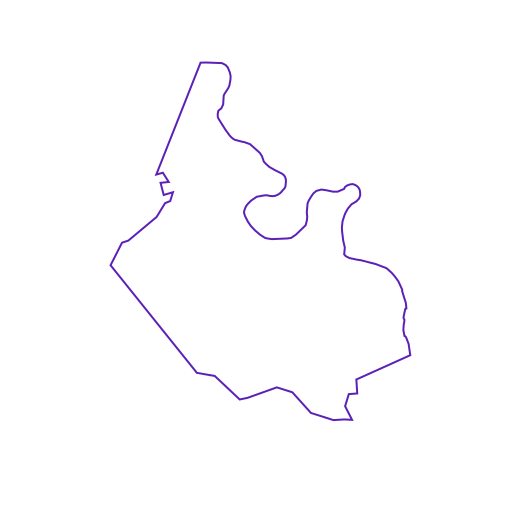 Henderson, Kentucky, United States of America (Mercator projection), rotated 54°
{"feature_id": "52423323B87544132972679", "entity_name": "Henderson", "entity_type": "district", "adm_level": 2, "iso_a3": "USA", "parent_name": "United States of America", "parent_adm1": "Kentucky", "projection": "mercator", "projection_center": [-87.608, 37.807], "detail": "fine", "context": "isolated", "style": "outline", "palette": "violet", "viewbox_px": 512, "rotation_deg": 54, "n_neighbors": 0, "source": "geoboundaries", "source_scale": "gbopen_adm2", "svg_char_len": 2113}
<svg xmlns="http://www.w3.org/2000/svg" viewBox="0 0 512 512"><g transform="rotate(54 256 256)"><path d="M315.8,372.5L328.8,359.9L362.5,353.5L365.8,346.2L374.5,316.4L387.6,306.7L415.3,303.8L434.3,289.8L440.0,280.8L445.0,274.6L429.9,272.2L422.3,262.1L426.7,254.9L414.9,247.4L426.9,189.5L416.8,184.2L410.1,182.4L408.7,182.4L408.0,182.9L402.5,180.3L398.1,176.6L396.8,175.1L394.8,173.4L392.9,173.1L391.7,172.1L386.7,166.5L386.5,166.1L386.9,165.3L386.6,165.0L386.4,164.9L382.1,162.4L375.8,160.3L370.1,158.3L369.2,157.5L360.0,155.7L354.3,155.7L349.5,156.1L343.2,157.4L341.7,158.1L341.3,158.4L333.0,163.8L321.0,173.7L318.6,176.2L312.5,181.7L308.8,183.5L306.5,183.7L301.4,179.2L295.0,176.5L286.7,171.9L285.2,170.9L283.6,169.9L278.9,165.7L275.2,160.7L273.7,158.3L271.6,153.7L270.3,148.4L270.8,142.7L270.1,138.9L268.2,136.1L266.4,134.8L263.6,133.3L262.5,133.1L261.4,132.9L259.6,133.0L257.4,133.7L254.7,135.4L253.3,138.0L252.5,140.8L252.5,143.5L253.5,145.4L251.9,152.2L249.3,155.8L244.3,160.3L240.7,164.0L238.8,168.9L239.1,172.8L240.4,176.6L242.1,180.6L243.8,183.4L250.6,189.3L254.4,191.5L257.2,194.0L260.3,197.8L262.2,211.2L262.0,216.9L260.4,220.1L251.7,233.2L248.3,236.7L246.6,238.1L241.1,240.2L234.9,241.7L229.1,242.5L223.7,242.4L217.2,241.4L213.8,240.2L212.0,238.3L209.9,234.9L209.0,231.8L208.3,227.5L208.5,220.6L212.0,213.3L213.3,211.5L215.8,209.2L217.4,207.3L218.6,205.1L219.3,202.0L219.3,199.0L218.0,193.2L217.2,191.5L214.3,188.8L211.9,187.0L209.2,186.0L207.1,185.9L204.6,186.6L197.5,190.3L197.3,190.4L191.7,192.9L187.5,193.8L184.3,194.2L178.7,192.5L174.7,192.3L162.0,195.1L157.0,198.5L155.8,199.7L149.7,204.7L148.1,205.5L145.8,206.1L145.5,206.2L143.0,206.5L135.6,206.5L122.6,205.6L120.7,205.0L118.3,203.2L116.5,201.3L116.3,200.5L116.2,197.4L114.5,194.2L114.0,193.4L107.3,187.9L106.4,186.4L103.9,179.8L102.5,177.4L98.4,173.1L95.7,170.9L92.2,169.3L87.0,168.0L83.7,168.3L79.9,170.2L70.1,182.7L67.0,187.2L131.5,288.8L133.9,282.4L144.8,283.1L140.7,290.2L152.4,294.8L155.6,285.7L161.1,293.1L159.8,298.5L166.0,313.5L168.5,350.2L166.5,356.6L178.0,379.1L315.8,372.5Z" fill="none" stroke="#5b21b6" stroke-width="2"/></g></svg>